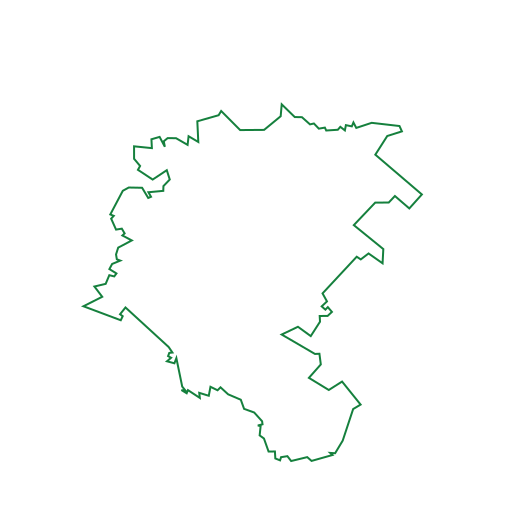 outline of Juárez, Chiapas, Mexico, rotated 114°
{"feature_id": "50627088B99297205497031", "entity_name": "Juárez", "entity_type": "district", "adm_level": 2, "iso_a3": "MEX", "parent_name": "Mexico", "parent_adm1": "Chiapas", "projection": "robinson", "projection_center": [-93.174, 17.701], "detail": "medium", "context": "isolated", "style": "outline", "palette": "green", "viewbox_px": 512, "rotation_deg": 114, "n_neighbors": 0, "source": "geoboundaries", "source_scale": "gbopen_adm2", "svg_char_len": 1958}
<svg xmlns="http://www.w3.org/2000/svg" viewBox="0 0 512 512"><g transform="rotate(114 256 256)"><path d="M132.3,129.5L114.9,188.2L93.0,184.9L82.8,173.4L78.9,177.8L87.3,204.5L98.2,216.5L94.4,221.3L98.6,221.2L99.9,227.1L105.1,225.9L103.7,231.5L107.4,232.6L112.8,242.9L110.7,245.3L114.1,250.4L111.4,257.0L113.8,260.2L110.5,270.5L113.3,277.1L107.0,294.2L118.3,290.3L137.5,299.9L147.4,321.7L137.7,346.8L142.6,347.4L156.8,364.4L175.3,355.1L174.0,366.3L182.3,363.7L180.9,377.0L184.3,384.7L188.7,386.9L193.3,383.7L186.4,392.5L191.9,399.0L199.8,395.0L205.4,412.0L216.8,406.9L220.9,398.5L225.3,398.9L228.2,381.5L213.9,372.4L221.2,365.9L229.8,369.0L234.2,367.2L241.5,380.2L244.6,376.0L246.8,378.1L240.0,387.8L245.2,400.1L250.6,404.2L277.3,406.0L277.2,402.3L280.8,403.5L288.8,394.6L285.6,389.7L288.8,385.2L291.6,386.4L292.3,375.8L304.4,385.3L311.5,384.5L315.6,381.8L315.4,378.1L321.8,384.2L327.6,384.6L328.7,376.4L332.3,377.2L333.2,382.2L342.6,382.0L349.6,391.2L355.8,379.9L372.1,393.2L369.7,353.4L365.2,353.3L364.5,356.5L356.1,354.3L374.7,298.7L378.2,293.1L379.8,295.8L383.2,295.6L383.5,292.2L388.4,294.5L387.2,286.9L381.7,287.2L405.3,270.3L407.8,265.4L408.8,269.6L409.6,263.5L406.2,263.6L408.5,249.6L404.1,252.2L402.9,242.3L394.0,244.4L394.3,236.5L390.4,235.0L393.7,225.2L393.5,211.4L400.5,204.7L399.7,194.0L404.5,183.2L407.1,181.6L410.1,185.4L409.5,182.6L418.4,179.7L419.5,174.5L429.5,165.0L426.9,159.2L433.1,156.0L432.9,150.9L429.6,151.3L426.1,145.9L429.0,140.5L418.9,127.4L420.6,121.9L406.7,105.2L405.7,108.1L404.0,103.5L389.4,101.7L356.3,105.0L349.2,100.0L335.7,126.3L348.8,135.0L345.8,158.1L328.7,152.7L319.5,158.3L321.5,162.3L317.3,200.6L303.6,188.9L306.9,173.4L290.0,170.8L284.9,173.4L281.6,166.2L276.2,163.9L273.5,169.6L276.8,170.8L275.3,175.5L268.6,172.7L263.1,180.0L215.7,163.7L216.5,158.9L207.9,154.2L211.2,137.4L197.9,142.5L188.0,179.2L158.7,168.8L153.2,156.5L144.7,153.5L150.2,135.3L132.3,129.5Z" fill="none" stroke="#15803d" stroke-width="2"/></g></svg>